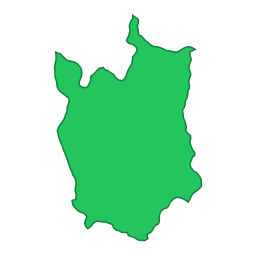 the district of São José do Rio Preto, São Paulo, Brazil
{"feature_id": "56859067B4650924298667", "entity_name": "São José do Rio Preto", "entity_type": "district", "adm_level": 2, "iso_a3": "BRA", "parent_name": "Brazil", "parent_adm1": "São Paulo", "projection": "mercator", "projection_center": [-49.362, -20.784], "detail": "fine", "context": "isolated", "style": "filled", "palette": "green", "viewbox_px": 256, "rotation_deg": 0, "n_neighbors": 0, "source": "geoboundaries", "source_scale": "gbopen_adm2", "svg_char_len": 3009}
<svg xmlns="http://www.w3.org/2000/svg" viewBox="0 0 256 256"><path d="M136.9,239.3L139.0,240.3L141.8,240.4L144.7,240.6L147.8,238.7L147.1,234.3L151.1,232.0L152.9,229.5L154.0,227.2L155.7,225.1L158.3,223.8L159.3,221.7L159.3,218.1L159.5,215.3L160.3,212.3L162.2,209.9L164.1,208.7L167.3,207.7L169.0,205.1L169.8,202.7L171.4,201.1L173.6,198.8L176.9,197.3L179.8,197.6L183.0,198.7L186.0,200.4L188.1,202.1L189.7,199.6L190.9,196.8L192.8,193.7L195.1,192.0L198.8,189.1L201.4,186.5L201.4,182.6L201.1,179.1L199.8,176.7L198.2,174.6L196.2,172.4L193.4,170.8L191.1,167.8L189.6,163.9L191.2,160.8L192.2,157.6L194.8,155.1L194.6,152.5L192.4,149.4L190.6,145.0L189.9,141.5L190.7,138.6L190.5,135.6L188.2,133.7L185.9,131.1L186.3,126.8L185.2,122.5L184.5,120.4L183.4,117.9L183.2,114.3L182.6,112.2L182.7,109.9L184.1,107.5L185.1,104.6L185.3,101.5L186.3,99.2L187.3,97.0L187.7,94.3L187.9,90.9L189.2,88.3L189.6,85.7L188.7,82.2L189.4,78.4L190.3,76.5L190.8,74.0L190.2,72.0L189.2,69.8L189.0,67.4L189.4,64.5L190.3,62.2L191.3,59.5L190.1,55.8L189.9,52.1L192.7,50.6L195.2,49.4L191.8,47.4L189.4,46.8L187.1,46.9L184.9,47.6L182.6,48.8L180.3,50.4L177.4,52.0L174.2,52.0L171.4,51.3L169.4,50.8L166.7,50.7L164.7,49.8L162.2,48.4L160.0,47.6L157.3,46.8L154.1,46.5L151.5,45.5L149.0,43.7L147.4,42.0L145.4,40.7L143.4,38.3L141.7,36.2L138.7,35.1L138.4,32.3L137.8,28.4L137.3,26.1L138.3,23.4L138.4,20.0L137.0,18.3L135.0,17.0L132.7,15.4L132.6,18.6L130.9,21.2L129.4,25.1L129.5,28.0L130.1,30.7L129.3,33.3L128.7,35.9L127.4,38.4L126.5,40.8L128.7,43.3L131.5,44.0L133.9,45.0L136.7,47.7L137.0,50.7L135.1,54.0L132.9,56.5L132.6,59.5L131.9,63.2L130.9,65.5L129.0,68.5L127.7,71.2L126.9,73.5L126.2,75.9L124.7,78.5L122.3,80.7L119.2,80.3L117.3,79.0L115.4,77.2L113.8,74.6L110.8,72.7L107.6,70.6L104.9,69.9L103.3,67.4L99.2,68.4L97.1,70.4L94.6,73.1L93.0,74.6L91.2,76.0L90.6,78.1L90.7,80.4L89.6,82.7L88.7,84.9L87.3,86.9L85.2,87.8L81.7,87.1L79.7,85.3L78.9,83.2L79.5,81.1L80.4,79.1L81.2,77.1L81.9,73.7L81.5,69.7L79.8,66.5L77.2,63.7L74.6,62.2L72.3,61.6L69.8,60.9L66.5,60.1L64.3,57.9L62.4,56.0L60.5,54.0L57.8,53.1L55.7,52.1L56.0,54.8L56.0,57.6L56.1,59.8L55.3,62.5L54.9,65.1L54.6,67.9L54.9,71.0L55.1,74.2L55.0,76.5L55.8,79.4L56.8,82.3L56.9,84.9L57.3,87.0L58.4,89.0L59.8,91.2L62.4,93.2L65.0,95.1L66.8,96.6L68.6,98.0L69.3,100.1L68.6,103.1L67.3,107.2L67.1,110.0L66.7,112.5L65.5,114.7L64.9,117.2L63.5,120.1L62.0,122.3L60.3,124.4L58.6,127.3L57.3,130.8L58.1,133.6L58.6,136.6L59.8,140.3L60.8,142.6L62.0,145.3L63.4,149.2L64.8,152.9L66.4,157.1L69.4,165.9L70.6,168.9L71.7,171.6L73.0,175.3L74.7,177.6L75.7,180.2L76.2,183.8L75.6,187.2L75.2,190.3L75.7,192.8L76.2,195.2L75.7,199.5L72.0,200.5L72.9,205.0L74.5,207.1L77.5,210.2L80.1,212.0L82.8,212.9L85.0,214.1L87.0,217.2L85.4,220.0L84.6,223.2L85.6,226.1L87.7,228.7L90.7,226.5L92.2,224.8L93.7,223.0L95.8,221.4L98.7,221.3L102.5,221.9L105.7,222.1L108.8,223.2L112.2,224.5L113.7,227.9L116.5,230.3L119.1,230.7L121.9,232.4L125.0,232.4L127.2,232.6L128.5,235.5L130.5,236.3L132.6,236.9L134.7,237.8L136.9,239.3Z" fill="#22c55e" stroke="#15803d" stroke-width="1.5"/></svg>